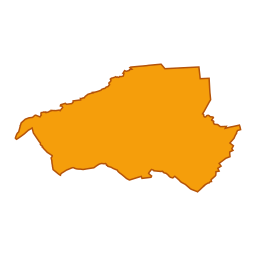 outline of Rudzātu pag., Livanu, Latvia
{"feature_id": "27541924B28170675749261", "entity_name": "Rudzātu pag.", "entity_type": "district", "adm_level": 2, "iso_a3": "LVA", "parent_name": "Latvia", "parent_adm1": "Livanu", "projection": "equal_earth", "projection_center": [26.465, 56.437], "detail": "fine", "context": "isolated", "style": "filled", "palette": "amber", "viewbox_px": 256, "rotation_deg": 0, "n_neighbors": 0, "source": "geoboundaries", "source_scale": "gbopen_adm2", "svg_char_len": 5342}
<svg xmlns="http://www.w3.org/2000/svg" viewBox="0 0 256 256"><path d="M151.0,177.3L151.6,176.0L150.4,175.1L149.5,174.2L149.0,173.8L148.6,173.3L149.1,172.4L149.5,171.9L149.9,171.5L150.3,170.9L150.5,170.6L150.6,170.4L151.5,169.5L152.2,169.7L153.3,170.1L154.0,170.5L154.0,170.8L160.2,171.4L160.7,171.5L161.3,171.4L161.8,171.4L162.2,171.2L162.4,171.3L163.0,171.6L163.1,172.1L163.4,172.4L163.7,172.6L164.1,172.8L165.5,173.2L166.6,173.5L166.8,173.8L167.0,174.1L167.5,174.6L168.5,175.2L168.6,175.7L170.4,177.3L172.8,177.9L174.6,176.4L174.8,176.3L177.3,178.4L178.7,179.7L179.1,180.0L180.4,181.5L181.0,182.0L181.4,182.3L183.1,183.2L185.2,184.3L185.7,184.7L186.5,185.4L189.5,188.0L190.3,188.7L191.1,189.2L192.3,189.7L196.7,191.4L197.6,191.8L197.7,191.6L199.4,190.2L200.8,188.9L201.5,188.2L204.8,185.2L204.6,185.2L205.2,184.7L207.7,183.2L208.5,183.0L209.3,182.8L209.5,182.4L210.0,181.9L210.3,181.7L211.5,181.5L211.3,180.8L211.1,179.7L214.0,177.1L215.1,176.1L215.4,175.7L215.5,175.6L215.7,175.4L215.9,173.5L216.0,171.7L216.5,171.6L219.1,171.1L217.8,168.3L221.1,166.1L219.1,163.4L225.8,158.3L230.0,156.7L229.7,153.2L229.8,151.9L233.0,150.4L231.8,148.8L233.4,145.8L229.9,143.0L234.0,138.3L234.1,138.0L234.9,136.2L235.5,134.9L236.5,133.4L236.4,133.3L236.5,132.7L237.5,130.5L240.6,129.6L240.0,126.9L239.7,126.0L239.4,125.1L236.8,125.7L233.1,126.5L230.4,127.0L225.3,128.3L226.3,126.4L225.2,126.5L224.4,126.5L221.7,126.6L220.3,126.6L220.2,126.5L219.4,125.9L218.8,125.5L218.6,125.2L218.0,124.8L217.8,124.6L217.5,124.5L217.3,124.5L216.3,124.4L214.7,124.3L214.5,124.2L214.3,124.1L214.0,123.8L213.9,123.5L213.6,123.1L213.6,122.9L213.5,122.7L213.5,122.3L213.7,121.6L213.7,121.4L213.6,121.2L213.3,121.0L212.7,120.8L211.9,120.4L211.7,120.2L211.7,119.7L211.8,119.6L212.3,119.1L212.6,118.6L213.0,118.1L213.4,117.7L213.3,117.3L213.2,117.2L211.8,116.8L211.1,116.9L210.9,116.9L210.7,116.8L209.7,116.4L209.5,116.1L209.1,115.7L208.6,115.4L208.2,115.3L207.4,115.4L206.8,115.6L206.5,115.9L206.0,116.6L205.8,116.8L205.4,117.0L205.1,117.0L204.8,117.0L204.4,116.8L204.2,116.7L203.8,116.0L203.7,115.4L203.7,114.7L203.3,114.2L202.9,113.9L202.6,113.8L202.9,113.3L203.0,113.1L204.2,111.2L208.1,104.1L208.3,103.8L209.0,102.4L209.6,101.5L210.0,100.7L210.6,99.8L210.6,99.5L210.2,95.3L209.9,92.6L209.8,91.1L209.1,78.3L200.2,78.7L198.9,67.0L164.9,68.7L163.9,67.5L161.1,64.2L156.6,64.6L148.1,65.4L147.2,65.6L143.0,66.0L140.6,66.2L139.1,66.3L130.7,67.1L129.9,67.6L131.9,69.2L131.5,69.3L129.5,69.6L129.3,70.4L126.3,71.3L125.6,71.1L124.6,70.6L123.2,72.9L123.5,72.8L123.9,73.3L123.4,75.6L123.3,76.0L123.2,76.1L121.8,76.5L120.8,76.6L119.7,76.5L119.1,77.2L118.3,77.4L117.5,77.0L116.5,77.3L115.8,76.7L114.1,77.5L113.5,77.6L112.8,77.9L111.4,78.2L111.1,78.4L110.5,78.9L110.3,79.1L110.4,79.4L110.9,79.8L111.0,80.0L110.8,80.8L110.7,81.2L110.0,82.0L109.1,82.6L109.0,82.8L108.9,83.3L109.0,83.6L109.1,83.9L109.4,84.2L109.5,84.4L109.6,84.7L109.3,85.0L109.0,85.3L108.3,86.1L108.1,86.5L107.6,86.7L106.1,87.1L105.8,87.5L105.5,87.9L105.0,88.2L104.5,88.5L104.0,88.5L103.4,88.7L103.0,88.9L102.1,89.2L101.6,89.5L101.1,90.1L100.3,90.5L98.3,91.2L97.4,91.5L95.6,92.0L94.6,92.2L94.1,92.3L93.4,92.3L92.6,92.4L93.0,92.9L91.5,93.2L87.9,94.3L85.4,96.3L85.1,96.5L84.9,96.9L84.6,97.3L84.2,97.9L83.0,97.9L82.2,98.4L81.6,98.4L81.3,98.6L80.4,98.5L80.6,100.0L78.4,100.2L73.1,100.9L73.1,102.3L71.7,103.6L66.5,104.3L65.4,103.3L61.4,104.5L60.8,104.7L60.6,105.0L60.4,105.5L60.4,106.0L60.9,105.9L62.0,106.2L62.0,106.3L62.3,106.7L62.7,107.5L62.1,108.2L61.7,108.6L60.1,110.7L59.3,110.1L59.2,110.1L56.0,110.6L55.4,110.6L52.6,110.5L51.3,110.4L51.4,110.7L49.4,111.3L49.0,111.7L48.5,112.0L46.1,112.6L45.9,112.0L45.3,112.0L45.2,112.3L43.8,112.0L43.7,112.0L43.0,112.3L42.1,112.5L41.2,112.6L40.9,113.8L40.9,114.1L41.0,114.4L41.3,115.1L41.2,115.2L40.7,115.8L40.0,116.9L36.7,115.6L35.9,115.2L35.2,115.2L34.1,116.0L33.6,116.5L32.4,117.4L29.0,117.8L25.3,119.2L21.5,122.6L21.2,122.9L20.4,125.4L20.2,125.6L20.3,125.8L19.7,128.2L18.7,131.8L18.6,132.0L17.7,132.8L17.1,133.6L16.5,134.8L15.4,137.9L15.4,138.3L16.5,139.3L17.7,138.6L21.0,136.3L23.6,134.4L24.5,133.7L28.7,129.9L29.0,129.9L32.1,128.0L32.2,128.3L33.3,132.6L33.4,133.0L35.8,136.6L39.2,141.6L39.6,142.0L40.4,142.9L40.4,143.1L40.3,144.2L40.3,144.3L40.4,144.5L41.0,145.2L41.8,145.8L42.0,145.9L42.3,146.1L42.4,146.3L42.5,146.7L42.3,147.0L42.9,147.3L43.3,148.2L43.4,148.3L46.4,151.4L47.4,152.5L47.7,152.6L51.6,155.2L52.2,155.6L52.2,156.1L52.0,156.6L51.5,157.5L51.3,157.7L51.1,157.9L51.8,160.6L52.0,163.2L52.3,164.7L52.5,165.6L52.4,165.8L52.8,167.9L53.1,169.6L58.0,173.6L59.7,174.9L60.4,175.2L60.4,174.9L60.6,174.5L60.8,174.1L61.2,173.5L62.5,172.6L63.2,172.2L66.0,170.4L66.6,170.0L67.0,169.9L71.5,168.0L72.4,167.7L73.8,167.7L74.2,168.0L75.0,168.4L76.3,168.8L77.5,169.0L78.8,169.1L80.3,169.1L81.6,169.3L82.3,169.4L83.1,169.5L87.2,168.8L93.7,167.8L94.0,167.7L96.3,166.0L97.5,165.2L98.9,164.3L99.8,163.9L101.4,163.5L102.1,163.5L103.2,163.7L103.8,163.7L104.9,163.7L105.2,163.6L105.5,163.5L105.8,163.7L106.1,164.1L106.2,164.4L106.4,164.5L106.5,164.6L106.4,164.8L106.4,165.0L106.6,165.3L107.1,165.4L107.4,165.5L107.7,165.9L107.7,166.2L108.1,166.4L111.0,167.2L113.3,168.5L117.2,170.1L117.8,171.1L118.5,171.9L120.5,173.6L121.2,174.0L124.2,176.5L126.5,178.5L129.4,180.0L129.5,180.0L136.6,177.8L137.9,177.4L141.2,176.4L142.0,178.4L151.0,177.3Z" fill="#f59e0b" stroke="#b45309" stroke-width="1.5"/></svg>